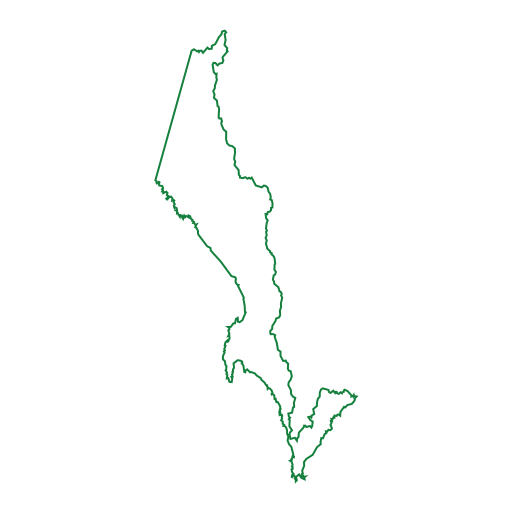 outline of Juradó, Chocó, Colombia
{"feature_id": "7082276B94755540005328", "entity_name": "Juradó", "entity_type": "district", "adm_level": 2, "iso_a3": "COL", "parent_name": "Colombia", "parent_adm1": "Chocó", "projection": "equal_earth", "projection_center": [-77.627, 7.074], "detail": "fine", "context": "isolated", "style": "outline", "palette": "green", "viewbox_px": 512, "rotation_deg": 0, "n_neighbors": 0, "source": "geoboundaries", "source_scale": "gbopen_adm2", "svg_char_len": 6084}
<svg xmlns="http://www.w3.org/2000/svg" viewBox="0 0 512 512"><path d="M356.6,396.5L354.0,396.0L353.8,395.2L353.3,396.4L353.0,395.6L351.4,396.5L351.5,395.5L347.8,391.3L344.8,389.7L343.9,390.3L343.8,391.8L342.0,392.4L341.8,393.3L340.5,392.3L338.7,393.9L336.8,393.1L336.6,391.9L335.4,391.9L335.0,392.9L333.3,390.7L330.5,392.9L329.0,392.0L328.4,389.9L322.7,388.4L321.0,389.5L319.8,392.5L319.7,396.7L317.9,398.7L317.0,402.4L316.9,406.0L313.2,409.1L314.2,414.0L311.9,415.4L311.4,417.4L310.5,416.5L308.3,417.1L310.4,420.2L312.7,421.6L312.2,426.0L311.4,427.6L310.0,426.0L306.4,427.0L305.3,425.7L304.1,425.6L303.6,427.5L298.9,432.6L298.5,437.1L297.3,438.1L296.9,440.7L294.9,437.8L290.5,438.9L289.5,434.4L290.1,432.4L292.0,430.3L289.4,426.3L289.7,420.0L288.8,419.2L290.1,417.7L289.0,416.9L288.3,413.6L292.1,412.6L293.0,407.5L294.2,406.8L293.9,402.9L295.3,397.9L293.1,396.8L291.1,394.2L290.9,390.1L288.3,385.1L288.7,382.3L290.6,379.7L291.8,376.3L290.7,371.3L288.8,370.6L287.9,368.8L288.1,363.6L286.3,362.1L285.8,360.6L283.2,361.0L280.5,355.8L280.5,351.6L277.9,349.8L276.9,343.3L274.7,336.9L275.2,335.2L273.1,334.1L270.7,334.2L270.2,332.9L270.4,330.7L272.2,328.9L272.3,326.0L275.5,321.0L276.1,318.6L279.2,317.3L280.2,315.1L279.9,310.7L281.1,307.0L280.9,303.5L282.2,297.7L281.1,295.5L281.7,294.1L281.1,292.2L279.6,291.4L278.3,287.1L274.2,283.7L274.1,281.6L272.9,279.7L273.7,275.4L275.1,274.5L275.9,272.0L274.4,269.5L274.6,264.6L275.2,263.8L274.6,258.5L273.7,256.3L271.5,254.2L271.7,253.1L270.1,252.4L270.1,251.1L267.4,248.8L265.9,243.4L266.8,240.5L265.6,237.9L266.7,235.3L266.1,231.9L266.9,230.7L266.0,228.5L266.7,223.0L267.7,220.4L266.2,218.4L265.6,214.0L267.2,214.3L267.7,212.2L270.0,211.5L271.0,210.1L271.0,207.9L272.4,207.5L272.5,203.1L271.7,200.0L270.2,199.5L270.8,197.2L270.1,193.8L268.5,191.5L267.8,188.0L266.3,186.3L264.0,185.5L261.8,187.3L255.8,185.5L251.7,177.6L250.4,178.6L248.9,177.8L247.6,178.7L245.2,177.2L242.8,178.1L240.0,177.6L239.9,175.9L238.9,174.9L238.6,170.1L234.5,165.0L235.2,161.7L234.1,158.8L235.0,153.0L234.9,148.5L232.3,146.1L229.3,145.5L227.1,143.3L226.1,139.4L226.2,131.7L223.6,129.5L221.6,124.9L221.2,123.0L222.0,121.4L221.1,118.4L219.3,118.5L218.6,117.5L219.1,109.1L218.6,106.8L217.6,106.1L216.9,100.6L214.0,97.9L214.5,94.4L213.2,91.1L214.8,88.3L215.0,85.3L216.9,79.9L216.3,77.3L216.6,73.7L215.5,74.0L213.8,72.1L212.6,64.8L213.5,62.8L215.4,63.0L217.6,65.3L219.4,63.6L222.4,62.9L223.4,60.3L222.5,57.9L222.8,56.9L227.6,51.3L226.8,50.6L227.2,48.1L224.5,45.0L225.6,40.0L224.7,34.0L226.2,32.3L224.8,30.7L222.1,31.5L221.4,34.4L219.0,37.0L215.3,44.1L211.9,45.8L211.7,48.7L209.0,49.1L207.5,47.6L203.0,52.8L201.5,50.6L199.8,50.8L199.0,52.0L198.3,50.8L197.3,51.4L193.9,49.3L191.6,50.8L155.4,180.2L156.3,181.0L156.7,183.2L158.8,181.8L159.5,182.4L158.7,184.1L159.2,185.5L162.2,186.0L163.1,188.2L162.0,189.2L163.0,190.2L162.2,191.5L163.3,191.7L163.3,193.1L166.3,191.7L167.5,193.0L166.8,195.0L168.1,196.0L167.4,196.4L167.8,196.3L167.5,198.1L166.3,198.6L166.7,199.4L167.4,199.4L169.0,196.7L169.4,197.3L171.0,196.6L172.4,198.3L172.1,200.6L173.5,200.0L174.3,200.5L173.6,202.3L174.8,204.2L173.9,205.4L174.1,207.0L174.5,207.9L174.8,207.1L176.6,208.1L176.9,209.9L175.9,210.5L177.1,211.0L177.0,213.1L178.2,212.3L177.6,213.3L179.8,216.7L180.1,214.3L180.9,216.3L182.0,215.6L182.9,216.4L182.3,217.6L183.1,218.9L184.1,215.9L185.0,218.2L185.2,216.3L186.0,215.9L189.8,218.0L190.1,216.8L187.6,215.1L189.7,215.9L190.2,216.4L190.8,218.5L192.4,219.9L192.1,220.8L193.8,221.7L193.3,222.9L194.1,222.8L195.4,224.9L196.6,224.4L195.2,227.2L196.5,227.9L198.0,231.0L198.0,233.7L198.8,235.2L207.1,246.2L210.5,248.0L210.8,250.6L220.7,261.5L231.4,276.1L235.3,277.3L236.0,278.8L235.5,281.0L235.9,282.9L237.3,284.7L238.6,285.0L238.1,286.1L243.8,297.6L243.4,298.5L244.6,305.3L245.0,312.1L245.7,312.4L242.4,320.2L239.6,322.2L238.0,321.7L237.7,317.9L236.0,318.9L235.0,323.3L233.4,323.4L230.7,326.9L228.1,327.0L229.2,327.7L229.4,329.3L228.3,330.3L229.4,333.8L228.2,336.1L229.3,335.9L229.6,338.2L228.2,341.4L227.6,341.7L227.3,340.5L225.5,342.2L224.7,345.4L225.5,345.9L224.3,348.9L224.9,350.5L223.9,351.3L224.6,352.4L222.9,356.2L223.0,359.4L224.9,361.2L225.5,365.0L226.4,366.0L226.2,369.6L225.6,370.3L227.0,372.5L226.4,374.0L227.3,374.8L226.8,378.4L228.2,378.0L229.5,381.9L231.7,382.1L232.3,378.3L231.4,376.9L232.6,376.5L231.9,374.7L232.6,374.0L232.4,372.2L233.1,371.9L232.9,369.6L234.0,367.9L233.6,363.3L237.7,360.2L240.6,360.7L242.1,361.6L242.3,362.8L241.7,363.2L243.4,365.6L244.3,372.0L245.2,372.3L245.7,370.3L247.2,369.4L250.0,372.3L250.8,371.9L255.2,373.6L256.4,375.3L260.8,378.2L261.5,379.9L264.6,382.6L265.8,384.8L266.9,385.1L267.3,386.0L266.7,387.2L267.4,386.6L267.7,388.8L268.4,388.0L270.0,388.6L271.8,390.7L272.5,393.2L271.6,393.8L271.8,394.5L272.6,394.1L274.2,395.2L274.6,399.1L275.6,398.8L276.4,402.1L277.7,402.0L279.8,405.5L280.6,408.9L279.8,409.3L280.1,411.7L279.3,411.8L279.5,413.6L280.2,412.3L280.5,415.0L281.8,414.8L282.3,416.0L281.7,417.3L282.1,418.9L281.1,420.2L282.9,421.8L282.6,423.7L284.1,424.8L283.5,425.8L284.5,425.8L286.1,427.5L287.0,430.2L287.2,434.1L288.4,436.6L287.6,440.5L289.1,444.4L291.2,446.5L293.3,454.5L292.8,455.6L294.0,456.5L293.9,457.3L292.4,456.9L292.0,459.0L291.2,459.4L291.5,460.3L290.2,460.8L291.5,461.5L292.6,464.7L291.9,466.5L292.6,466.9L292.7,468.8L291.5,469.3L292.3,472.5L293.4,473.8L292.1,475.2L291.8,476.9L292.3,477.1L292.9,474.9L294.1,475.4L295.4,477.3L294.8,478.7L295.7,479.4L295.8,481.3L296.9,480.1L295.9,477.2L299.1,474.4L301.4,477.9L304.6,479.3L304.3,477.4L305.1,476.7L303.6,477.0L303.3,475.7L302.4,476.0L301.8,475.1L302.0,473.8L302.8,473.4L302.2,470.7L304.2,465.7L304.0,462.0L306.5,458.8L312.7,454.8L317.0,447.2L320.8,444.0L320.5,442.2L321.3,438.1L323.0,438.3L324.7,434.0L326.2,433.3L325.9,431.3L327.2,431.6L328.4,429.8L330.2,430.2L331.7,429.0L331.9,428.2L330.5,424.8L331.5,423.0L330.9,421.2L332.1,421.2L331.4,418.9L332.7,419.0L333.5,417.2L334.4,417.6L334.5,415.6L336.7,415.9L337.5,414.6L338.6,414.5L340.2,415.7L340.4,412.0L344.1,406.8L345.1,407.5L347.5,405.0L351.8,403.9L354.4,400.9L355.1,398.0L356.6,396.5Z" fill="none" stroke="#15803d" stroke-width="2"/></svg>